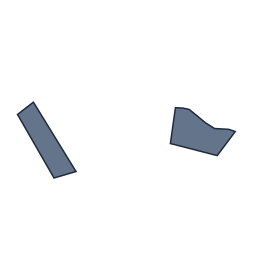 outline of Satupa'itea, rotated 162°
{"feature_id": "WSM-4993", "entity_name": "Satupa'itea", "entity_type": "state/province", "adm_level": 1, "iso_a3": "WSM", "parent_name": "Samoa", "parent_adm1": "", "projection": "albers", "projection_center": [-172.549, -13.684], "detail": "fine", "context": "isolated", "style": "filled", "palette": "slate", "viewbox_px": 256, "rotation_deg": 162, "n_neighbors": 0, "source": "natural_earth", "source_scale": "10m", "svg_char_len": 349}
<svg xmlns="http://www.w3.org/2000/svg" viewBox="0 0 256 256"><g transform="rotate(162 128 128)"><path d="M76.6,132.7L69.5,129.9L64.0,126.7L52.7,109.0L45.9,100.8L32.4,95.5L27.1,91.5L51.7,74.2L64.6,82.4L92.5,100.1L76.6,132.7ZM228.9,175.0L210.0,181.8L190.9,102.7L213.8,103.3L228.9,175.0Z" fill="#64748b" stroke="#1e293b" stroke-width="1.5"/></g></svg>